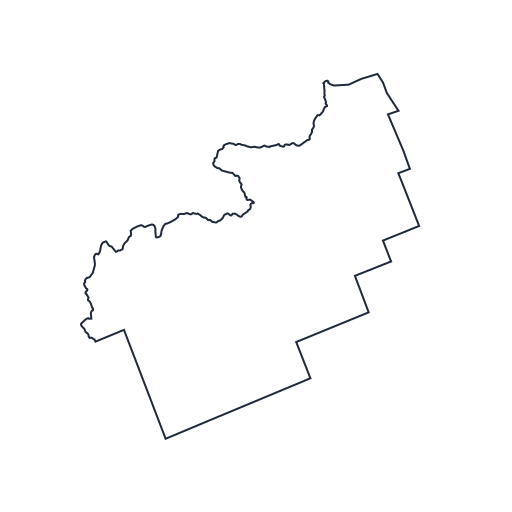 Marinette, Wisconsin, United States of America (Mercator projection), rotated 247°
{"feature_id": "52423323B24542313497081", "entity_name": "Marinette", "entity_type": "district", "adm_level": 2, "iso_a3": "USA", "parent_name": "United States of America", "parent_adm1": "Wisconsin", "projection": "mercator", "projection_center": [-87.807, 45.381], "detail": "fine", "context": "isolated", "style": "outline", "palette": "slate", "viewbox_px": 512, "rotation_deg": 247, "n_neighbors": 0, "source": "geoboundaries", "source_scale": "gbopen_adm2", "svg_char_len": 4226}
<svg xmlns="http://www.w3.org/2000/svg" viewBox="0 0 512 512"><g transform="rotate(247 256 256)"><path d="M307.2,101.5L304.4,99.3L301.6,94.7L301.7,92.1L302.0,91.9L301.7,90.8L300.4,89.0L298.7,88.6L297.9,87.0L296.7,86.6L295.9,86.6L292.8,86.9L291.5,87.7L290.8,87.6L290.2,87.2L289.8,85.8L289.4,85.2L288.8,84.6L288.4,84.5L287.8,84.6L287.4,85.0L283.2,85.6L281.8,84.4L281.0,84.1L279.2,85.1L276.2,85.4L272.9,85.0L271.4,85.4L270.1,85.0L269.7,84.5L269.9,83.9L268.9,82.4L267.2,81.3L265.8,81.0L262.7,79.9L263.7,77.5L264.2,77.3L264.5,76.5L264.0,73.8L262.3,69.1L261.7,68.3L261.1,68.1L259.7,68.1L257.9,68.7L256.2,69.5L252.8,69.4L250.9,70.5L249.8,70.9L248.5,70.9L247.7,70.6L245.8,70.7L245.6,70.9L245.4,72.2L244.2,73.4L243.0,73.9L242.3,74.7L239.9,74.8L239.6,105.6L123.1,101.4L122.9,147.3L122.2,258.3L161.1,259.4L160.1,337.7L199.1,339.3L198.2,378.2L220.6,378.9L219.9,417.9L257.1,418.9L276.6,419.4L276.1,431.7L295.5,432.8L334.8,432.8L334.0,443.9L355.0,440.1L366.0,440.7L376.1,439.0L377.9,422.2L377.5,408.2L382.4,394.5L385.1,391.5L387.4,390.2L388.4,390.8L389.5,390.1L389.8,388.2L388.8,385.6L388.3,385.9L381.0,383.5L378.8,382.4L376.9,382.0L376.5,381.7L376.3,381.1L375.7,380.7L374.2,380.8L370.4,380.6L369.0,379.6L367.5,380.1L366.6,380.1L366.2,379.8L366.2,377.8L366.0,377.5L364.4,375.3L363.1,374.5L362.7,373.9L360.8,369.9L360.7,369.4L361.5,368.1L361.6,367.7L359.0,363.6L357.6,362.1L356.3,361.2L355.5,360.7L353.7,360.4L352.8,360.0L351.5,358.8L351.3,358.2L350.3,356.9L348.2,355.9L346.5,354.1L346.1,353.1L345.1,352.1L344.1,351.5L342.7,351.2L342.4,350.9L342.3,350.4L342.7,348.5L340.6,339.7L340.6,339.2L341.3,337.4L342.3,336.3L345.0,334.8L345.6,334.1L345.6,332.7L345.2,331.1L345.3,329.8L346.7,327.9L347.1,326.3L346.9,325.5L346.0,324.8L345.9,324.1L346.2,323.4L348.1,321.1L348.5,320.9L349.6,321.0L350.0,320.8L350.3,320.3L350.2,318.0L351.0,313.7L351.4,312.0L351.0,311.1L352.9,308.1L354.3,307.0L354.4,305.8L354.1,303.7L354.4,301.5L356.0,298.8L357.0,297.6L357.8,294.9L357.9,294.1L360.5,290.5L361.7,289.6L364.3,285.8L365.0,285.4L365.5,284.9L366.1,283.5L366.0,281.2L366.1,280.7L366.7,280.0L368.0,279.2L370.4,275.4L370.6,272.7L370.5,270.2L370.3,269.5L369.6,268.8L368.7,268.7L367.7,266.7L368.0,264.8L367.7,262.7L367.5,262.1L362.3,258.4L362.0,257.8L362.0,256.2L361.8,255.9L359.3,254.7L358.4,253.0L357.0,252.5L355.8,252.5L354.0,253.4L352.5,254.5L351.7,255.2L351.2,256.4L347.9,258.1L343.3,264.0L341.9,266.2L341.7,266.8L337.7,268.3L337.5,268.7L337.5,269.8L336.7,270.8L334.1,271.3L331.9,270.0L331.2,270.0L330.4,270.0L327.5,270.7L325.9,269.4L325.1,269.0L321.9,268.9L318.9,270.0L314.7,269.4L314.6,269.8L314.2,270.2L313.5,270.3L312.6,269.6L311.7,269.5L310.8,270.1L310.4,272.2L309.9,272.8L306.7,274.8L306.1,274.9L305.7,274.5L305.7,274.0L306.2,273.0L306.0,271.7L305.3,270.8L303.4,270.4L302.7,270.0L301.9,269.2L301.4,268.4L301.3,267.9L301.2,266.8L300.7,266.0L300.3,265.8L299.3,260.8L299.2,259.9L298.0,258.3L298.1,257.3L298.7,256.4L299.5,255.6L301.5,254.6L303.2,253.2L304.0,251.0L303.1,249.5L303.0,249.1L303.3,248.4L305.9,247.0L306.4,246.2L306.3,243.6L306.0,242.6L305.6,242.0L304.2,240.6L302.8,237.3L302.9,234.5L302.4,232.9L302.4,232.3L304.5,229.1L307.0,227.9L307.8,226.0L310.6,224.8L311.6,223.6L311.7,223.0L313.3,221.6L315.4,220.7L317.9,218.8L317.9,217.9L318.4,217.1L320.2,214.7L320.2,214.2L319.7,213.0L319.9,212.0L322.4,209.3L322.6,208.6L322.8,206.4L323.2,205.0L324.2,203.3L324.4,202.6L324.2,200.3L322.5,199.7L321.3,196.1L320.7,191.3L320.6,188.4L320.6,186.9L321.0,185.7L321.0,185.2L319.8,182.8L317.7,180.5L316.1,178.9L313.4,177.3L311.8,175.9L311.6,175.5L311.4,174.1L312.0,171.6L312.7,171.3L317.7,172.9L320.1,174.0L322.9,174.3L324.5,173.9L325.0,173.4L325.6,172.6L325.8,171.7L326.1,168.5L326.0,165.6L326.3,164.9L326.6,164.4L328.0,163.6L329.3,162.3L329.6,158.1L329.2,152.9L328.2,150.5L324.6,149.5L323.4,148.5L323.3,147.1L323.0,146.4L320.6,143.9L318.8,139.5L316.6,137.1L315.1,136.4L314.4,135.7L314.2,132.9L314.8,131.6L314.9,130.7L314.5,129.9L314.5,128.9L314.7,128.6L321.0,126.8L322.4,125.2L323.5,124.6L327.9,123.8L328.1,123.5L328.2,122.8L328.2,120.5L327.7,119.3L326.0,117.4L321.5,114.4L320.5,113.5L319.2,111.7L319.1,111.4L320.5,110.0L320.5,109.3L320.2,108.5L318.8,106.9L318.1,106.4L312.1,104.8L310.2,103.9L307.2,101.5Z" fill="none" stroke="#1e293b" stroke-width="2"/></g></svg>